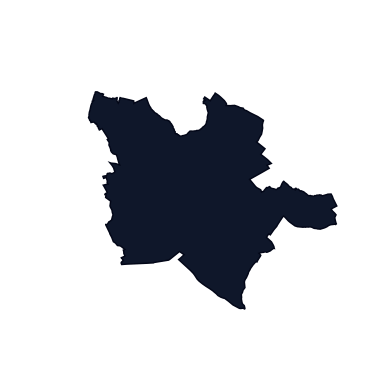 Cehu Silvaniei, Salaj, Romania (Equal Earth projection), rotated 215°
{"feature_id": "2599482B99939259002313", "entity_name": "Cehu Silvaniei", "entity_type": "district", "adm_level": 2, "iso_a3": "ROU", "parent_name": "Romania", "parent_adm1": "Salaj", "projection": "equal_earth", "projection_center": [23.166, 47.411], "detail": "fine", "context": "isolated", "style": "filled", "palette": "ink", "viewbox_px": 384, "rotation_deg": 215, "n_neighbors": 0, "source": "geoboundaries", "source_scale": "gbopen_adm2", "svg_char_len": 6028}
<svg xmlns="http://www.w3.org/2000/svg" viewBox="0 0 384 384"><g transform="rotate(215 192 192)"><path d="M283.6,243.0L289.8,232.5L290.4,231.2L292.0,233.2L301.9,229.3L302.6,229.0L303.0,228.6L305.0,228.1L304.9,227.3L304.2,226.4L304.1,225.7L304.2,225.4L304.1,224.8L303.5,224.0L303.4,223.3L303.6,222.9L303.5,222.5L305.7,223.5L306.0,223.8L307.4,226.3L307.6,226.3L308.0,225.3L308.4,225.0L308.8,224.4L309.5,223.9L310.7,223.5L310.6,222.6L313.7,221.3L314.2,220.8L316.7,220.3L318.1,219.7L318.9,219.6L320.1,219.0L320.6,221.3L321.4,221.2L321.9,221.1L323.2,220.3L324.4,219.9L325.1,220.0L327.2,219.6L327.4,219.3L328.1,219.0L328.4,218.7L328.5,218.5L328.3,217.8L327.7,216.7L327.7,215.7L326.3,211.5L326.0,210.7L325.0,210.7L325.0,210.2L325.8,209.2L325.6,208.9L325.2,208.9L324.8,206.4L324.2,204.5L322.4,200.3L321.9,198.6L320.6,196.1L319.8,195.2L319.6,193.9L319.3,193.5L317.6,192.7L317.0,192.1L316.1,192.0L314.6,191.0L313.2,192.5L312.1,193.1L310.4,192.6L310.2,192.6L309.9,193.1L309.4,193.2L309.3,192.6L309.1,192.5L307.2,192.3L307.1,192.2L307.4,191.8L307.3,191.6L305.9,191.3L305.2,190.6L303.5,189.7L302.1,192.3L291.0,187.7L291.5,186.4L288.1,185.0L287.0,182.9L286.5,182.5L284.9,181.6L283.1,180.3L282.4,179.4L281.0,178.6L278.4,178.1L275.4,179.2L275.2,179.1L272.9,177.5L272.2,176.8L269.0,174.2L266.8,172.7L271.0,171.4L274.7,169.3L276.1,168.9L272.6,167.9L271.0,167.2L269.9,166.7L267.9,165.1L266.8,164.5L266.9,163.3L267.3,162.3L267.9,161.5L268.4,160.9L270.1,160.5L271.1,159.3L271.6,159.1L271.9,158.2L271.5,157.8L271.5,156.7L271.4,156.3L273.2,154.6L273.9,153.7L272.2,152.5L270.6,154.7L267.7,152.5L266.8,150.9L265.4,150.3L268.6,146.7L267.2,146.1L261.2,143.1L261.3,142.1L261.8,141.4L262.1,140.2L261.8,139.9L260.7,140.5L260.2,139.1L259.6,138.0L253.4,137.9L251.2,133.6L250.3,132.9L247.1,131.2L245.5,129.5L243.5,128.0L243.1,126.3L241.8,123.0L242.5,120.7L243.0,119.8L242.8,117.6L242.8,117.1L243.0,116.6L244.0,115.9L243.9,115.7L236.0,111.3L235.2,110.6L231.7,108.8L227.9,106.2L225.4,106.3L222.4,105.4L220.4,106.5L219.3,106.8L214.1,106.5L214.7,105.2L214.9,105.0L213.6,103.9L212.5,102.5L210.2,101.1L210.3,100.5L211.0,99.6L212.2,97.6L211.7,97.3L210.5,97.2L209.7,96.9L209.7,96.7L209.2,96.5L209.2,95.8L209.6,93.8L209.0,92.9L208.0,92.3L204.5,95.2L189.0,107.1L182.9,111.9L182.5,112.7L172.1,122.8L171.6,124.0L168.1,136.1L162.5,136.1L163.5,131.4L164.2,129.0L148.3,126.9L144.2,126.1L142.1,125.4L137.7,123.6L135.2,123.1L130.6,122.8L126.6,122.8L121.9,123.0L119.0,123.0L113.7,122.6L111.3,122.1L108.1,122.4L105.4,123.1L104.5,123.6L103.4,123.6L99.4,123.5L93.7,123.0L86.5,123.9L85.3,124.5L83.2,126.4L82.3,126.2L81.8,126.4L81.8,126.6L82.3,126.9L82.1,127.2L83.9,128.8L84.4,129.0L86.0,129.1L87.6,130.1L90.2,132.7L91.0,134.2L92.7,136.2L92.9,136.7L93.1,138.7L93.9,140.9L93.8,144.0L97.5,148.3L98.1,149.9L98.3,151.4L98.3,152.9L99.1,157.1L99.8,159.1L99.9,161.3L100.2,162.9L100.2,167.3L99.7,171.8L98.7,171.9L99.0,174.2L99.2,178.6L99.4,179.6L101.9,180.2L101.5,180.6L101.3,181.3L99.7,182.9L98.6,183.8L98.0,184.8L97.6,185.1L96.4,185.4L95.7,186.1L94.0,188.9L93.8,190.0L92.8,192.8L92.3,193.0L92.6,193.2L93.4,194.1L94.8,195.0L98.3,196.7L104.8,197.5L105.1,198.9L105.1,201.8L103.3,201.8L103.3,208.3L102.9,212.4L103.1,213.8L103.3,218.4L103.4,223.6L103.2,224.8L101.5,224.7L96.4,223.6L94.1,223.4L88.3,223.3L85.7,224.1L80.8,226.9L80.1,227.6L78.7,228.4L78.0,229.2L76.5,230.1L75.3,231.2L73.6,231.9L71.5,232.2L70.5,232.6L69.2,233.4L68.0,233.8L65.6,235.2L62.8,238.8L61.5,241.1L61.3,241.8L60.5,243.6L60.1,244.0L59.8,244.6L56.2,247.8L55.7,247.8L55.5,248.7L56.7,249.5L59.3,251.8L60.4,253.0L60.5,253.3L60.9,255.9L63.0,256.5L66.1,257.0L68.2,257.8L67.9,258.7L65.4,263.6L72.6,267.5L74.5,268.9L76.9,270.1L79.6,268.0L79.7,267.7L83.1,263.5L84.2,263.6L85.9,262.8L86.1,262.4L86.5,262.1L88.1,260.8L88.3,260.2L88.7,259.8L89.4,259.4L89.4,259.0L90.2,258.1L91.3,257.7L91.9,257.3L93.2,256.9L93.8,256.2L94.8,255.8L95.7,255.8L97.2,256.1L98.3,256.0L99.7,256.2L101.1,256.1L101.4,256.0L103.2,255.6L103.4,255.5L103.7,255.0L104.1,254.9L106.3,255.3L106.8,255.2L107.4,254.5L107.8,254.3L108.9,254.7L109.2,254.5L109.4,254.1L108.8,253.8L108.6,253.0L110.3,252.7L111.6,252.1L112.3,252.1L113.1,252.6L114.6,252.4L116.0,252.4L117.6,252.9L119.4,253.1L121.3,253.1L122.8,253.4L123.1,253.3L123.2,252.7L123.1,250.7L122.5,247.7L122.2,247.4L122.4,246.4L123.0,245.6L122.9,244.8L123.2,244.6L123.6,244.6L123.6,244.3L123.9,244.1L123.8,243.6L124.1,242.9L124.5,242.2L126.7,241.6L129.2,240.5L131.5,240.9L132.6,239.0L132.7,238.3L133.5,238.3L133.8,234.6L133.7,233.6L134.5,232.7L135.0,231.9L137.0,233.2L141.6,232.7L143.4,233.0L152.1,235.4L146.5,247.0L142.4,255.7L145.9,256.9L143.4,260.9L148.6,261.8L157.3,262.3L157.0,269.3L167.8,270.0L167.4,271.9L168.0,275.5L168.2,279.2L169.2,281.5L170.8,284.9L172.2,286.5L173.1,287.8L174.1,290.3L174.3,291.4L174.7,291.7L181.4,291.5L189.8,290.2L193.9,289.9L195.9,289.3L196.7,289.4L198.2,290.0L200.9,288.7L203.1,288.4L206.7,287.4L208.4,286.1L210.1,284.7L213.7,282.4L214.2,283.8L214.6,284.2L217.9,285.4L222.8,286.1L225.8,286.4L229.7,286.3L229.5,285.0L229.6,283.3L229.4,277.2L236.0,277.1L235.9,275.0L233.6,275.0L233.6,274.6L234.1,274.5L234.1,273.8L234.6,273.8L234.7,272.7L233.5,271.1L232.2,271.7L231.5,271.9L228.9,270.8L228.4,269.9L227.1,268.6L224.1,266.3L222.5,262.3L221.5,260.9L220.7,259.0L220.4,257.8L220.0,257.2L219.6,256.0L219.5,254.4L219.9,252.4L220.4,251.2L220.5,249.9L220.7,249.0L221.1,248.3L221.1,247.8L221.4,246.9L222.2,246.0L223.5,245.0L224.3,243.8L224.9,243.5L226.1,242.3L227.8,241.3L228.5,240.7L228.7,240.3L228.7,239.6L229.0,238.7L229.1,236.7L229.5,235.7L231.2,233.5L232.0,232.8L232.8,231.6L233.5,231.1L234.5,230.9L236.0,231.1L236.6,230.8L237.4,231.1L238.0,231.0L238.2,230.9L238.4,230.5L238.9,230.3L239.4,230.4L240.5,231.8L241.4,231.9L242.7,233.1L245.0,234.1L245.0,234.6L248.0,236.0L249.5,236.3L250.5,236.9L251.1,237.0L253.5,236.7L254.0,236.5L254.9,235.8L255.7,235.5L259.5,235.1L262.5,235.7L263.6,235.6L265.4,235.9L268.4,235.6L268.9,235.9L270.0,236.2L271.0,236.2L271.9,236.5L273.0,236.6L274.3,237.4L275.8,237.9L277.9,239.1L282.2,242.1L283.6,243.0Z" fill="#0f172a" stroke="#020617" stroke-width="1.5"/></g></svg>